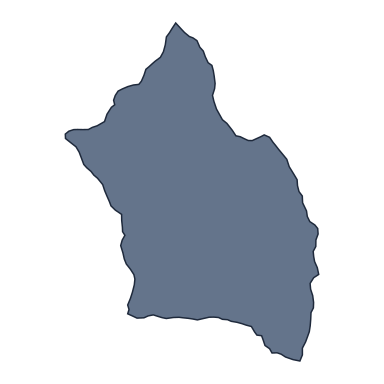 Regente Feijó, São Paulo, Brazil
{"feature_id": "56859067B58506078513279", "entity_name": "Regente Feijó", "entity_type": "district", "adm_level": 2, "iso_a3": "BRA", "parent_name": "Brazil", "parent_adm1": "São Paulo", "projection": "robinson", "projection_center": [-51.297, -22.243], "detail": "fine", "context": "isolated", "style": "filled", "palette": "slate", "viewbox_px": 384, "rotation_deg": 0, "n_neighbors": 0, "source": "geoboundaries", "source_scale": "gbopen_adm2", "svg_char_len": 2156}
<svg xmlns="http://www.w3.org/2000/svg" viewBox="0 0 384 384"><path d="M127.7,313.8L131.9,315.7L137.0,318.1L144.0,317.8L148.2,315.9L153.3,314.9L157.7,316.3L162.0,317.6L166.3,318.5L173.3,317.5L179.0,317.3L183.2,317.8L188.2,318.3L192.8,319.0L197.4,319.9L202.6,318.7L209.2,317.2L213.7,317.1L218.5,317.5L222.4,319.3L227.6,319.7L231.2,321.3L237.0,322.3L242.1,323.7L246.1,325.1L251.4,326.5L254.5,331.8L256.9,335.1L261.6,335.7L263.2,340.1L265.0,345.5L269.6,348.7L272.0,353.0L277.1,352.8L281.2,354.2L285.5,357.0L293.0,359.6L299.9,361.0L302.4,354.9L302.4,348.1L305.6,341.9L307.7,336.2L309.3,331.7L310.2,325.8L310.7,319.6L311.0,312.6L313.4,307.9L313.6,302.4L312.7,295.6L310.6,289.2L310.1,283.4L313.7,277.7L318.7,274.4L317.3,267.7L314.6,261.6L313.7,256.6L313.2,251.4L315.8,246.5L315.9,240.0L318.1,234.0L317.7,228.5L314.9,225.0L309.8,221.6L307.3,216.5L306.5,210.9L302.6,202.8L302.3,196.0L299.0,191.6L297.5,185.7L297.1,179.7L293.7,174.0L289.2,166.7L286.8,159.3L282.2,153.7L278.4,149.1L275.7,145.6L273.0,142.3L269.6,137.3L264.2,134.9L260.8,136.7L256.8,138.5L252.2,140.6L248.2,140.5L244.5,138.8L240.2,136.7L235.9,135.8L232.3,130.3L226.9,123.4L222.4,119.7L216.5,109.1L213.9,101.4L212.5,95.4L214.6,88.7L215.1,83.5L214.2,76.2L213.3,70.7L211.9,65.4L208.1,62.7L205.3,56.8L203.3,51.1L199.8,47.2L197.0,40.7L193.0,37.9L189.3,36.5L184.5,32.5L181.4,29.2L175.7,23.0L172.2,28.3L169.5,32.7L166.4,36.9L165.3,44.8L163.4,51.8L160.4,57.3L155.3,61.1L152.3,63.7L148.9,66.8L145.9,69.3L144.0,75.2L141.4,81.2L138.8,84.4L133.4,85.0L127.8,86.6L122.4,88.9L118.1,91.1L115.3,95.4L113.6,100.2L114.7,104.8L111.4,107.3L107.0,114.2L104.5,121.6L97.1,125.8L92.3,127.4L88.4,129.5L82.8,129.6L77.5,129.5L73.7,129.6L68.8,131.2L65.3,134.1L65.5,138.5L70.9,142.8L76.0,146.8L79.2,152.2L81.6,158.6L83.8,164.5L86.8,167.8L91.0,171.4L93.9,175.2L97.5,178.2L102.7,184.6L104.7,190.7L107.1,196.4L109.4,201.6L111.0,205.9L115.3,210.1L121.6,214.4L121.7,220.3L122.4,227.2L122.6,231.7L124.9,235.3L122.2,240.1L120.7,245.6L122.9,252.8L124.3,259.0L126.3,264.0L130.4,269.2L133.9,274.6L134.9,279.1L134.3,284.8L132.4,292.3L130.4,298.5L127.7,305.0L129.0,309.5L127.7,313.8Z" fill="#64748b" stroke="#1e293b" stroke-width="1.5"/></svg>